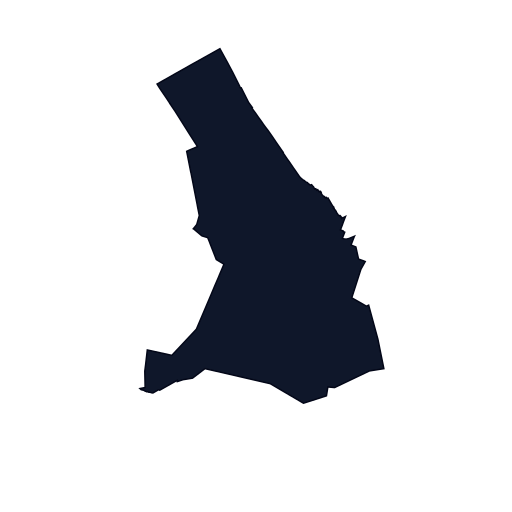 the district of Frontera, Coahuila, Mexico, rotated 296°
{"feature_id": "50627088B59111908912503", "entity_name": "Frontera", "entity_type": "district", "adm_level": 2, "iso_a3": "MEX", "parent_name": "Mexico", "parent_adm1": "Coahuila", "projection": "natural_earth1", "projection_center": [-101.473, 26.954], "detail": "fine", "context": "isolated", "style": "filled", "palette": "ink", "viewbox_px": 512, "rotation_deg": 296, "n_neighbors": 0, "source": "geoboundaries", "source_scale": "gbopen_adm2", "svg_char_len": 3920}
<svg xmlns="http://www.w3.org/2000/svg" viewBox="0 0 512 512"><g transform="rotate(296 256 256)"><path d="M261.2,378.8L259.3,377.2L260.4,360.4L289.3,356.2L289.7,356.2L290.1,356.1L290.4,356.1L298.9,356.6L298.8,355.0L298.2,349.5L307.9,341.8L307.5,336.6L314.4,336.0L316.7,335.8L316.9,335.8L316.1,335.1L314.3,333.5L312.4,331.8L311.5,330.7L311.0,330.1L310.4,328.9L310.1,328.1L310.0,327.6L309.8,327.1L309.7,326.3L309.6,325.9L316.3,325.3L316.2,323.3L316.7,323.3L316.5,320.4L317.1,320.4L319.2,320.2L321.6,320.0L325.0,319.6L328.5,319.3L330.7,319.1L327.8,316.9L327.1,316.4L327.3,316.3L327.4,316.2L327.6,316.1L327.8,316.0L327.9,315.9L328.0,315.9L328.1,316.1L328.3,316.2L328.4,315.9L328.4,315.7L328.2,315.4L328.4,315.3L328.5,315.2L328.8,314.9L328.8,314.6L328.7,314.6L328.5,314.8L328.4,314.7L328.5,314.5L328.6,314.4L328.9,314.3L329.0,314.2L329.2,313.9L329.0,313.6L329.0,313.4L328.9,313.2L328.8,312.9L328.8,312.6L328.8,312.3L328.8,312.2L328.9,311.9L329.0,311.8L329.1,311.6L329.3,311.4L329.4,311.2L329.5,310.9L329.7,310.6L329.8,310.4L329.9,310.2L330.0,310.0L330.1,309.9L330.2,309.7L330.3,309.5L330.4,309.4L330.5,309.3L330.6,309.1L330.8,308.9L331.0,308.7L331.3,308.4L331.3,308.2L331.5,307.9L331.7,307.6L331.8,307.5L331.9,307.4L331.9,307.2L332.0,307.1L332.1,306.8L332.1,306.7L332.2,306.4L332.3,306.3L332.4,306.1L332.5,305.9L332.6,305.6L332.7,305.3L332.7,305.2L332.7,304.9L332.8,304.7L333.3,305.1L333.9,304.1L334.1,304.2L334.5,303.0L334.7,302.8L335.2,302.0L335.5,301.5L335.8,301.0L336.2,300.5L336.5,300.1L336.8,299.5L337.1,299.1L337.5,298.6L337.8,298.1L338.5,297.1L338.8,296.6L339.1,296.1L339.7,295.3L338.9,294.6L339.2,294.0L339.5,293.5L338.6,292.8L339.4,291.6L339.2,291.5L339.0,291.4L339.4,290.2L339.8,289.0L340.0,288.5L340.4,288.0L340.9,287.1L341.2,286.5L341.6,286.8L341.7,286.7L341.8,286.6L342.0,286.3L342.3,285.8L341.9,285.5L342.2,285.0L341.4,284.4L342.0,283.4L342.7,282.4L341.7,281.7L342.4,280.7L342.7,280.2L342.0,279.4L342.3,279.0L342.3,278.9L342.8,278.1L343.1,277.8L343.4,277.3L343.5,277.1L343.6,276.6L343.9,275.9L344.2,275.2L344.5,274.7L344.1,274.2L343.6,273.7L343.6,273.2L343.6,272.9L343.6,272.7L343.8,272.4L343.9,272.2L343.9,271.9L343.8,271.6L343.9,271.3L344.0,271.2L344.1,270.9L344.2,270.7L344.3,270.5L344.3,270.3L344.4,270.2L344.5,270.1L344.5,269.8L344.5,269.6L344.5,269.4L344.4,269.1L344.4,268.5L344.4,268.3L344.4,268.0L344.5,267.7L344.6,267.4L344.7,267.2L344.8,267.0L344.9,266.7L345.0,266.3L345.0,266.1L344.9,266.0L344.8,265.9L344.8,265.6L345.1,264.7L345.2,264.4L345.2,264.1L345.6,262.6L345.8,261.9L346.1,261.0L346.8,259.6L348.5,256.6L349.8,254.3L350.7,252.7L351.7,250.8L352.2,250.0L353.9,247.0L355.5,244.2L356.8,241.7L360.9,234.5L361.2,234.8L362.0,233.3L363.0,231.5L367.1,224.2L370.8,217.8L373.9,212.2L376.1,207.8L377.0,206.1L377.9,204.4L379.3,202.0L382.0,196.9L384.2,193.0L385.9,189.7L387.4,187.1L387.9,187.5L390.8,182.0L400.7,169.0L400.2,168.4L402.2,165.9L405.5,161.6L410.7,154.8L416.2,147.2L417.3,145.7L425.0,134.8L426.5,132.7L398.9,113.5L386.0,104.6L367.2,91.7L365.0,95.2L362.9,98.8L360.9,102.3L358.8,106.0L356.6,109.7L355.3,112.0L355.2,111.9L350.6,119.9L345.2,128.6L336.4,142.8L330.3,152.8L330.1,153.2L328.6,155.4L321.9,149.6L319.7,147.8L302.8,160.6L302.4,161.0L302.0,161.3L288.6,171.4L276.4,180.6L274.6,181.9L267.5,187.3L259.1,188.8L258.1,188.9L255.4,188.3L253.0,187.7L253.0,188.1L250.6,197.6L250.4,198.6L250.5,199.3L251.3,204.3L251.3,204.6L247.8,208.5L247.2,209.1L235.4,221.9L234.6,230.8L223.1,231.4L220.2,231.6L211.2,232.0L200.8,232.6L164.1,234.5L129.8,223.9L123.9,199.5L110.3,204.3L103.8,206.5L89.2,214.0L86.0,209.8L85.5,211.4L86.1,214.1L85.9,215.8L86.3,217.3L86.1,217.5L86.8,218.6L86.5,219.0L87.1,220.7L87.4,222.7L87.8,223.5L88.0,223.6L92.6,226.7L93.1,227.1L93.2,228.3L109.6,239.6L108.6,240.3L112.9,244.7L114.2,246.6L118.4,252.5L132.4,259.5L147.5,324.8L144.5,363.2L161.2,380.6L169.8,378.0L172.2,384.3L202.4,408.3L210.8,420.3L234.7,402.0L261.2,378.8Z" fill="#0f172a" stroke="#020617" stroke-width="1.5"/></g></svg>